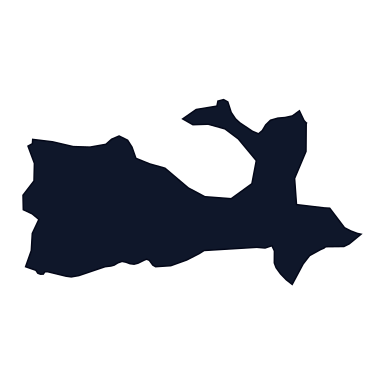 the border of Cahul, rotated 270°
{"feature_id": "MDA-1624", "entity_name": "Cahul", "entity_type": "District", "adm_level": 1, "iso_a3": "MDA", "parent_name": "Moldova", "parent_adm1": "", "projection": "mercator", "projection_center": [28.292, 45.784], "detail": "fine", "context": "isolated", "style": "filled", "palette": "ink", "viewbox_px": 384, "rotation_deg": 270, "n_neighbors": 0, "source": "natural_earth", "source_scale": "10m", "svg_char_len": 1488}
<svg xmlns="http://www.w3.org/2000/svg" viewBox="0 0 384 384"><g transform="rotate(270 192 192)"><path d="M116.3,28.4L117.3,25.6L133.4,31.3L150.6,32.3L164.6,38.9L170.2,32.1L174.3,23.3L188.8,23.0L203.1,34.0L220.7,34.4L237.9,28.0L240.3,32.4L244.6,32.7L242.2,52.6L237.4,73.2L236.9,90.0L239.7,105.9L244.8,111.6L248.0,119.1L243.8,127.6L236.9,132.0L225.7,135.9L220.1,149.7L215.8,165.0L196.0,188.4L187.3,204.8L185.3,231.2L200.3,251.9L223.4,256.3L245.1,238.3L255.1,225.0L259.8,208.2L259.3,192.9L265.1,182.7L274.5,196.2L277.9,216.9L282.7,217.9L282.9,217.9L284.4,223.6L282.1,227.8L271.6,231.2L265.2,235.5L261.2,239.8L252.7,252.5L250.2,258.5L253.4,262.3L259.1,265.7L263.8,270.5L265.9,277.9L266.5,285.1L268.1,292.4L273.2,299.4L263.5,304.0L261.4,305.9L261.0,306.5L260.8,306.4L260.1,306.2L232.6,306.0L205.6,294.6L179.4,296.5L176.1,324.3L175.8,329.7L175.7,329.8L156.3,344.5L153.1,350.7L150.6,357.3L149.8,361.0L140.1,349.2L137.5,343.9L137.3,326.3L136.9,325.1L135.9,324.0L134.5,320.7L128.4,309.6L120.0,303.1L99.6,292.2L104.2,286.3L110.2,280.5L116.3,276.1L121.1,274.3L133.1,274.4L138.3,271.9L136.0,265.1L136.7,256.7L133.5,204.1L130.4,199.2L124.0,186.7L118.3,170.8L117.3,155.6L118.9,152.8L123.7,149.3L124.8,146.7L124.1,144.7L120.8,138.0L119.8,134.1L120.3,130.0L121.8,126.0L122.6,122.0L121.1,117.8L118.9,114.2L118.0,111.0L117.3,105.1L108.4,78.8L107.1,71.3L107.8,66.1L112.3,47.6L112.2,44.8L109.9,43.3L109.8,40.4L110.8,37.8L113.7,35.9L116.3,28.4Z" fill="#0f172a" stroke="#020617" stroke-width="1.5"/></g></svg>